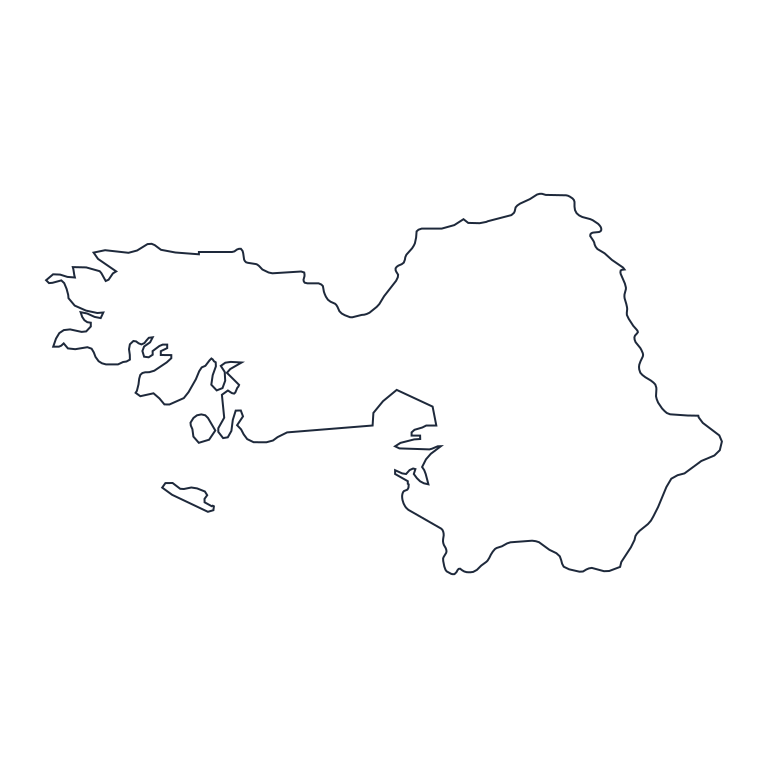 map outline of Galway (Albers equal-area conic projection)
{"feature_id": "IRL-713", "entity_name": "Galway", "entity_type": "County", "adm_level": 1, "iso_a3": "IRL", "parent_name": "Ireland", "parent_adm1": "", "projection": "albers", "projection_center": [-9.136, 53.343], "detail": "fine", "context": "isolated", "style": "outline", "palette": "slate", "viewbox_px": 768, "rotation_deg": 0, "n_neighbors": 0, "source": "natural_earth", "source_scale": "10m", "svg_char_len": 6082}
<svg xmlns="http://www.w3.org/2000/svg" viewBox="0 0 768 768"><path d="M407.8,483.8L407.8,481.2L395.1,474.0L395.1,470.2L402.2,473.4L406.1,474.0L409.6,470.1L413.1,468.5L415.4,469.1L413.8,474.0L416.9,478.2L420.1,481.3L423.9,483.3L428.4,484.3L425.7,474.0L424.2,470.1L422.1,467.0L426.0,459.3L430.8,453.8L440.9,446.2L437.7,446.3L432.0,448.7L429.4,449.4L399.4,448.4L395.1,446.3L400.4,442.9L414.2,439.4L420.2,439.0L420.1,435.6L411.6,435.6L411.6,432.4L414.5,429.8L422.3,427.5L426.3,425.5L436.3,425.5L432.6,406.6L396.7,389.9L383.0,401.2L373.4,412.9L372.6,425.5L287.1,432.4L277.6,437.1L273.0,440.5L266.3,442.3L253.6,442.2L247.2,439.1L243.7,434.4L241.1,429.4L237.1,425.2L243.0,416.4L240.8,410.5L235.7,410.6L232.8,419.9L231.4,430.9L227.8,437.3L223.1,438.1L218.3,431.9L218.3,428.2L224.2,417.7L221.9,394.8L227.9,390.5L231.9,393.1L234.1,393.6L235.3,392.5L237.3,387.8L238.3,386.7L239.1,384.9L226.9,372.8L230.3,369.0L241.6,362.5L230.7,361.9L225.3,362.7L220.8,365.9L224.7,371.9L225.2,380.7L222.5,388.1L216.7,390.4L211.3,384.7L212.7,375.2L215.9,366.3L215.7,362.3L214.0,361.3L212.7,359.4L211.4,358.5L209.5,360.4L205.4,365.8L201.7,367.4L199.2,371.2L195.9,379.2L188.5,392.2L183.8,398.1L169.4,404.5L164.4,404.4L159.4,398.4L153.5,393.3L140.3,396.2L135.6,392.8L136.9,390.8L138.5,384.4L139.2,378.7L140.3,374.9L142.4,373.0L145.1,372.3L149.2,372.2L154.3,370.7L166.7,362.4L171.3,358.2L171.3,355.1L160.8,355.0L160.8,351.2L167.2,348.1L167.2,344.6L162.7,344.6L159.4,346.0L152.6,351.1L152.7,354.7L148.7,357.3L144.1,356.7L142.4,351.0L144.1,346.5L150.1,342.3L152.7,337.3L148.8,337.8L146.5,340.4L144.4,343.1L141.4,344.4L138.6,343.3L136.1,341.4L133.4,341.0L129.9,344.3L129.0,349.2L129.8,354.9L129.9,359.6L126.5,361.5L123.1,362.0L118.0,364.4L106.0,364.4L102.0,363.3L98.6,361.2L95.5,356.9L93.8,352.4L91.6,348.7L87.4,347.2L75.2,349.2L67.9,348.4L63.7,343.4L61.2,345.7L58.8,346.7L53.2,346.7L56.0,338.6L59.3,333.1L63.8,330.1L70.1,329.4L81.6,331.9L86.2,331.4L90.8,326.5L90.8,322.7L87.3,322.2L84.4,320.2L82.2,316.9L80.6,312.2L87.2,313.5L94.6,316.9L100.7,318.1L103.3,312.5L97.3,313.0L86.0,310.6L74.7,305.6L68.5,298.2L68.2,294.9L66.6,288.9L64.2,283.1L61.3,280.4L52.5,282.8L49.0,283.1L46.1,280.2L53.1,274.3L60.1,274.6L67.4,276.9L74.9,277.5L74.3,275.2L73.4,269.4L72.8,267.1L86.2,267.4L99.7,271.2L101.4,273.2L105.7,281.0L108.6,279.7L112.9,273.4L116.2,271.4L98.0,258.9L93.6,252.6L105.1,250.2L128.5,252.8L137.1,250.5L147.5,244.1L151.6,243.8L154.7,245.1L161.0,249.8L175.4,252.5L198.9,254.3L198.9,252.0L232.0,252.0L234.4,251.4L237.0,249.5L239.0,248.8L240.9,248.8L242.6,251.0L243.2,253.3L244.1,259.6L244.9,261.1L246.1,262.3L247.8,262.8L256.1,264.1L257.3,264.6L259.1,266.0L262.4,269.5L268.6,272.5L272.4,273.3L301.1,271.5L304.2,272.5L304.5,274.3L304.5,276.1L303.5,279.8L303.8,281.4L304.7,282.7L307.3,283.3L318.5,283.3L321.3,284.5L322.9,286.1L323.9,291.7L324.7,294.0L325.9,296.7L327.9,299.7L330.5,301.7L335.0,303.7L336.2,304.8L337.4,306.7L339.4,311.2L341.7,313.5L344.8,315.2L350.0,317.2L352.2,317.3L361.8,314.9L364.2,314.7L366.7,314.0L369.5,312.7L376.7,306.9L379.3,304.1L384.1,296.2L396.1,280.8L397.8,277.3L398.1,274.7L396.3,271.8L395.6,270.2L395.6,268.3L396.7,266.8L398.4,265.6L401.7,264.2L403.8,262.6L404.9,259.6L405.3,257.2L406.4,254.7L412.1,248.3L413.8,245.6L414.9,243.3L416.1,237.6L416.6,231.4L418.5,229.7L421.7,228.6L441.7,228.6L454.3,225.1L463.5,219.2L468.2,222.9L479.6,223.2L486.3,221.9L487.9,221.2L511.4,215.1L514.0,212.8L514.7,211.3L515.6,207.4L517.3,205.5L520.1,203.6L529.9,199.1L537.1,194.5L539.8,193.8L542.0,193.8L545.7,194.9L566.1,195.3L567.9,195.7L569.8,196.6L572.5,198.4L573.9,200.0L574.5,201.9L574.5,206.6L575.0,210.1L576.6,213.2L579.1,215.4L582.3,217.0L590.2,219.1L592.7,220.2L598.1,223.8L599.6,225.4L600.6,226.8L601.2,228.3L601.3,229.9L600.6,231.2L599.1,232.0L593.0,232.6L591.4,233.2L590.4,234.3L590.2,236.0L593.3,240.7L594.2,242.5L594.6,244.4L595.6,246.7L597.4,249.0L604.6,253.3L611.9,259.9L623.1,267.6L624.5,269.5L621.9,269.8L620.7,270.5L620.4,272.2L620.7,273.9L624.9,283.6L625.9,287.5L625.9,289.1L624.5,294.4L624.4,296.3L624.6,298.3L626.3,304.0L627.0,307.2L627.2,309.0L626.8,312.9L626.9,315.0L628.7,318.8L633.3,325.9L636.6,329.6L637.5,330.8L637.9,332.1L637.2,333.2L635.0,335.6L634.4,337.3L634.6,339.6L635.6,342.2L640.3,348.0L641.4,350.0L642.8,353.2L643.1,354.9L642.8,356.5L640.5,361.3L639.3,364.6L639.0,366.9L639.2,369.3L640.3,372.7L642.4,375.0L645.3,377.2L650.8,380.5L653.5,382.6L655.3,384.5L656.3,387.6L656.4,389.1L656.0,396.2L656.7,399.1L658.1,402.6L662.1,408.5L664.6,411.1L666.8,413.0L670.1,414.3L687.5,415.5L698.3,415.7L698.7,417.4L702.8,422.9L719.3,435.4L721.9,441.5L719.8,450.2L714.4,455.5L701.3,461.0L684.5,473.4L677.6,475.2L671.3,478.7L666.4,487.0L658.1,507.0L653.3,516.5L650.9,520.7L647.9,524.1L639.6,530.8L636.9,533.7L635.4,536.1L634.5,540.0L630.9,547.3L621.3,562.0L620.1,566.9L609.2,571.0L604.0,571.2L591.8,567.9L588.9,568.4L586.3,569.5L583.0,571.5L579.5,571.7L569.1,569.3L563.7,566.7L562.1,563.7L561.2,560.2L559.8,556.3L556.4,553.2L549.4,549.8L539.0,542.2L535.8,541.2L532.1,540.7L510.5,542.3L507.1,543.4L501.9,546.3L496.6,548.0L495.0,549.0L492.8,551.6L490.9,554.6L489.4,557.7L487.6,560.6L486.4,561.8L481.2,565.6L476.9,569.9L473.2,571.9L470.2,572.3L466.8,572.2L464.3,571.5L462.2,570.3L460.1,568.7L458.6,568.9L457.5,570.2L456.5,572.1L454.5,574.1L452.9,574.2L451.3,573.9L446.7,571.4L445.5,569.8L444.3,566.5L443.2,561.0L443.1,558.4L443.7,556.9L446.2,552.8L446.5,551.2L446.2,549.5L445.6,547.9L443.9,545.0L443.3,543.2L443.0,541.3L443.1,539.2L443.7,535.4L443.6,533.4L443.2,531.6L442.5,530.0L441.3,528.7L408.3,509.8L406.2,507.8L405.2,506.5L403.6,503.5L402.5,500.0L402.2,498.0L402.1,496.0L402.4,494.0L403.0,492.3L403.9,491.1L407.3,489.7L408.1,488.5L408.5,487.4L408.7,484.4L407.8,483.8ZM211.7,506.2L212.7,505.7L213.9,506.3L213.4,510.2L207.9,511.8L172.1,494.8L162.2,487.6L165.4,483.1L172.6,483.0L180.2,488.8L183.9,489.0L191.3,487.5L197.1,488.4L204.9,491.5L207.2,495.2L204.5,498.9L204.6,502.3L211.7,506.2ZM208.0,418.0L215.3,430.5L209.1,439.7L198.8,442.8L193.4,436.6L192.4,429.2L190.8,425.5L190.5,422.7L193.5,417.9L197.0,415.3L201.3,414.4L205.3,415.3L208.0,418.0Z" fill="none" stroke="#1e293b" stroke-width="2"/></svg>